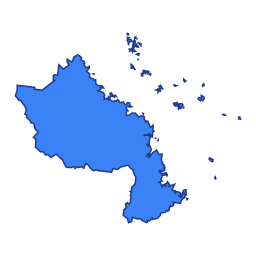 Mackay, Queensland, Australia
{"feature_id": "25037944B90195923531970", "entity_name": "Mackay", "entity_type": "district", "adm_level": 2, "iso_a3": "AUS", "parent_name": "Australia", "parent_adm1": "Queensland", "projection": "mercator", "projection_center": [149.075, -21.082], "detail": "fine", "context": "isolated", "style": "filled", "palette": "blue", "viewbox_px": 256, "rotation_deg": 0, "n_neighbors": 0, "source": "geoboundaries", "source_scale": "gbopen_adm2", "svg_char_len": 5833}
<svg xmlns="http://www.w3.org/2000/svg" viewBox="0 0 256 256"><path d="M180.4,203.3L182.0,199.4L184.6,197.5L185.1,195.1L186.2,194.9L186.0,189.6L183.9,190.0L182.6,192.5L183.9,192.9L184.5,193.4L182.5,192.9L183.5,193.6L182.0,193.8L182.0,196.4L180.7,198.0L181.6,196.0L179.3,196.8L179.9,196.2L178.0,195.5L180.9,195.9L180.0,192.6L177.0,191.6L175.3,192.1L175.3,193.3L176.3,193.3L175.3,193.5L174.3,192.1L175.1,190.8L171.8,190.0L174.7,184.2L168.8,186.5L169.7,184.7L167.5,181.7L166.8,183.3L163.6,184.7L165.3,185.2L165.8,185.9L162.6,185.3L162.0,186.8L160.7,183.4L159.1,182.2L162.2,181.2L161.0,180.1L162.2,175.1L164.4,175.1L165.1,174.0L166.8,176.0L167.3,175.1L166.4,172.9L161.8,173.6L160.1,172.8L161.0,171.7L159.4,171.5L160.2,170.7L159.3,169.9L162.7,171.4L163.2,170.3L164.6,170.4L164.8,167.3L163.9,167.9L163.5,166.6L164.3,165.2L162.0,163.3L162.6,162.5L161.3,160.2L162.2,154.0L159.1,154.6L156.7,150.1L152.8,152.7L149.3,157.2L148.3,156.9L149.8,154.6L146.9,155.6L147.3,154.2L149.5,153.3L151.4,149.7L149.9,145.8L148.3,146.2L146.3,143.7L149.1,145.5L149.6,138.3L151.5,136.5L146.1,134.9L143.6,136.1L144.9,134.6L149.5,135.4L150.1,134.7L148.7,134.7L149.2,133.7L152.5,136.8L152.7,132.4L154.1,131.1L152.9,130.4L153.1,125.1L150.9,127.1L150.3,127.1L147.9,121.2L146.4,121.0L146.3,121.9L145.8,122.3L144.2,118.8L144.2,116.6L141.2,115.8L138.8,116.9L135.4,113.2L132.2,113.0L129.3,115.1L126.2,115.6L126.6,110.8L128.0,110.8L125.8,107.7L127.6,106.1L129.7,107.1L131.8,106.7L130.0,105.7L129.9,103.2L127.7,102.5L126.2,104.5L124.7,104.5L123.4,101.8L120.3,102.9L117.7,99.5L116.1,101.2L114.8,100.6L113.1,101.7L109.9,99.8L110.2,97.6L108.8,96.8L109.3,95.8L108.0,97.7L108.3,99.4L106.9,98.4L104.1,99.5L104.5,97.0L103.8,96.6L104.7,95.3L103.4,92.5L97.8,90.8L100.7,89.4L100.3,87.9L103.6,87.9L102.2,85.9L98.7,85.8L95.9,84.0L95.6,79.8L94.1,80.1L93.1,78.8L89.5,77.7L89.8,73.9L86.4,71.4L89.5,67.9L89.1,66.3L87.3,67.7L85.2,66.8L83.8,64.0L84.6,63.4L84.4,61.6L80.9,60.0L81.7,57.8L79.1,55.5L77.4,54.9L73.7,57.3L72.8,60.8L71.5,61.9L67.2,59.1L67.1,61.9L69.0,65.1L63.4,69.1L58.9,64.7L57.6,75.2L54.6,74.7L53.4,75.6L53.3,80.3L54.5,80.5L42.2,90.1L34.6,89.2L34.8,87.4L17.2,85.2L17.2,90.4L15.4,95.8L19.0,100.4L20.5,100.3L25.1,106.6L26.4,110.2L24.9,114.2L26.7,115.0L26.5,117.3L29.8,120.4L31.1,123.0L32.4,122.7L34.0,124.2L35.2,129.1L38.1,132.2L33.4,137.3L35.9,139.4L35.4,147.0L40.4,151.8L43.4,151.9L45.6,155.0L48.2,154.8L50.9,157.6L56.2,154.1L61.3,159.1L62.2,159.1L66.0,166.9L67.2,167.4L71.0,167.6L73.9,166.5L74.9,168.5L77.3,166.7L78.1,167.5L82.1,166.8L83.8,168.3L85.6,163.7L87.9,164.6L91.2,169.2L93.6,170.7L96.5,169.6L97.5,170.5L111.5,172.2L113.0,168.6L117.7,169.4L120.4,167.1L128.1,165.1L130.9,168.6L133.7,170.1L133.0,171.0L135.9,177.6L135.1,183.9L131.8,187.3L131.3,190.8L130.1,191.5L131.4,192.6L130.4,195.1L131.0,196.9L130.3,202.2L129.0,204.3L127.3,202.7L125.4,204.0L126.4,207.3L123.8,210.0L123.2,215.4L127.4,218.5L128.6,222.6L131.6,221.5L132.4,217.3L137.1,218.9L141.1,218.8L141.9,220.3L146.3,222.5L147.4,222.1L147.5,220.4L149.6,220.9L152.2,218.0L152.6,219.4L157.7,218.3L160.2,215.4L160.6,213.0L165.3,212.3L167.0,210.3L167.8,211.2L169.4,209.7L168.8,209.0L170.3,205.8L170.9,206.5L173.1,205.8L173.9,204.0L173.2,202.4L180.4,203.3ZM132.6,51.6L134.5,45.9L136.6,46.8L136.2,45.4L137.4,45.5L134.8,42.5L135.4,41.1L134.2,40.4L134.7,39.2L133.5,41.5L134.5,42.6L133.5,43.3L133.7,45.6L132.8,45.0L132.4,48.4L130.4,49.4L128.7,48.6L130.0,49.9L129.6,51.1L132.3,50.3L132.6,51.6ZM203.8,96.9L201.2,95.5L201.5,98.0L198.8,97.5L198.0,98.8L200.4,100.8L201.6,100.0L202.9,100.7L204.1,98.7L203.8,96.9ZM179.6,107.0L178.1,108.2L178.6,109.1L179.4,107.9L180.6,108.5L181.2,106.9L181.9,107.4L183.0,105.1L181.9,103.6L178.3,103.9L179.6,107.0ZM127.1,40.1L128.4,42.7L130.8,41.3L132.3,41.7L130.8,39.4L129.1,39.6L128.3,38.5L127.1,40.1ZM174.6,105.5L175.2,104.8L175.9,106.1L176.5,105.3L178.1,106.3L177.0,102.4L173.4,103.4L174.6,105.5ZM159.0,86.2L160.3,88.8L162.6,88.8L160.5,85.2L159.0,86.2ZM211.5,161.6L212.8,161.6L212.9,159.5L209.5,157.9L209.1,159.1L211.5,161.6ZM110.8,96.2L113.1,96.5L111.5,92.8L110.0,93.4L110.8,96.2ZM160.9,91.6L159.1,88.6L155.9,89.9L158.3,90.5L158.0,92.3L159.8,90.5L160.9,91.6ZM142.9,73.5L141.4,73.5L141.7,74.7L144.2,73.1L144.0,71.9L145.3,73.2L144.8,70.5L143.3,70.4L142.9,73.5ZM135.4,70.1L132.5,65.4L131.1,64.3L131.3,65.8L135.4,70.1ZM147.8,73.7L148.8,71.6L147.1,70.8L146.1,71.6L147.8,73.7ZM238.6,118.9L240.6,119.1L239.7,116.9L238.5,117.2L238.6,118.9ZM136.4,54.3L138.7,55.3L139.1,53.9L139.9,54.1L138.4,53.3L136.4,54.3ZM176.7,85.6L174.1,84.8L174.0,85.5L175.0,86.3L176.7,85.6ZM184.6,81.9L185.9,81.0L183.7,79.1L183.6,80.2L184.6,81.9ZM202.8,86.3L204.2,85.5L203.7,83.8L202.4,85.2L202.8,86.3ZM214.6,177.9L216.0,179.5L215.3,176.8L214.6,177.9ZM128.4,34.9L128.6,34.0L127.4,33.4L127.1,34.6L128.4,34.9ZM141.0,43.7L139.8,43.2L139.4,43.9L140.9,45.6L141.0,43.7ZM149.8,73.5L149.3,74.3L150.3,75.2L150.8,74.1L149.8,73.5ZM186.7,198.3L187.1,199.7L187.8,198.7L186.7,198.3ZM134.6,38.9L135.7,37.9L135.8,36.9L134.9,37.2L134.6,38.9ZM225.1,115.1L223.9,114.2L222.8,114.5L223.3,115.0L225.1,115.1ZM131.3,68.3L131.9,68.1L130.9,66.9L131.3,68.3ZM113.5,96.6L114.7,96.3L113.5,95.6L113.5,96.6ZM114.8,95.6L116.0,96.2L115.3,95.1L114.8,95.6ZM134.3,51.6L135.5,51.4L134.3,50.1L134.1,50.2L134.3,51.6ZM184.1,106.7L183.7,107.9L183.8,107.9L184.1,106.7ZM127.5,38.0L128.7,37.6L127.4,37.3L127.5,38.0ZM138.0,60.3L138.3,59.4L138.0,59.3L138.0,60.3ZM128.2,43.8L128.6,44.3L128.7,43.5L128.2,43.8ZM142.9,113.3L143.3,114.1L143.5,113.4L142.9,113.3ZM137.3,42.9L137.9,43.1L138.0,42.8L137.3,42.9ZM158.0,140.7L158.1,139.9L157.7,140.4L158.0,140.7ZM154.7,138.7L155.7,138.3L155.6,138.1L154.7,138.7ZM141.8,75.8L142.7,75.7L142.2,75.2L141.8,75.8ZM114.6,97.4L115.0,97.2L114.3,97.3L114.6,97.4ZM93.7,74.3L94.0,74.0L93.3,73.9L93.7,74.3ZM138.1,46.9L138.4,47.0L138.1,46.2L138.1,46.9ZM137.0,38.8L137.2,39.6L137.1,38.8L137.0,38.8Z" fill="#3b82f6" stroke="#1e3a8a" stroke-width="1.5"/></svg>